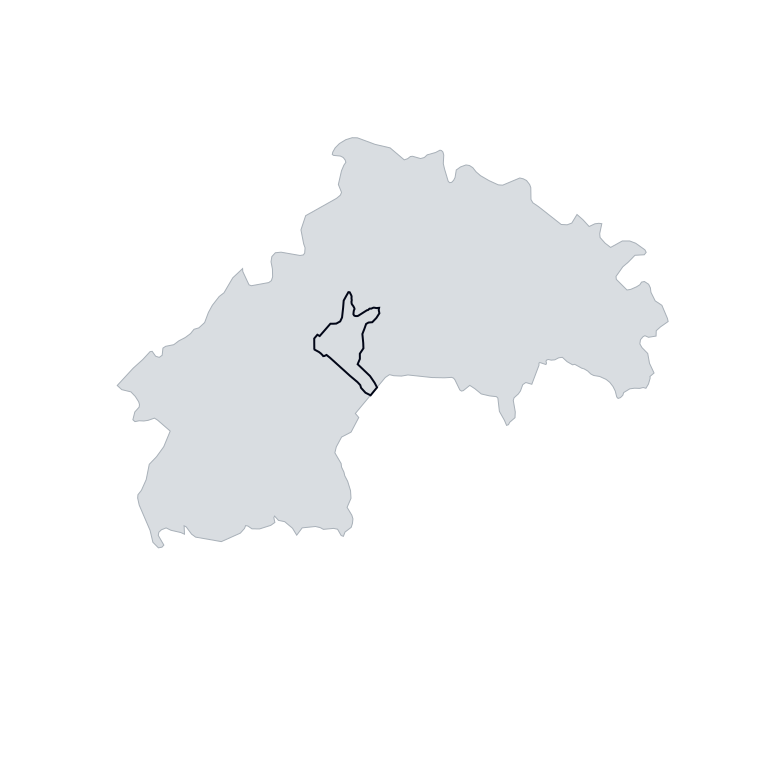 Dabola on a map of Guinea (Albers equal-area conic projection), rotated 310°
{"feature_id": "GIN-5632", "entity_name": "Dabola", "entity_type": "Prefecture", "adm_level": 1, "iso_a3": "GIN", "parent_name": "Guinea", "parent_adm1": "", "projection": "albers", "projection_center": [-11.021, 10.553], "detail": "fine", "context": "in_parent", "style": "outline", "palette": "ink", "viewbox_px": 768, "rotation_deg": 310, "n_neighbors": 0, "source": "natural_earth", "source_scale": "10m", "svg_char_len": 4932}
<svg xmlns="http://www.w3.org/2000/svg" viewBox="0 0 768 768"><g transform="rotate(310 384 384)"><path d="M462.7,493.3L457.0,492.5L454.5,493.6L447.0,502.5L442.4,506.0L435.4,504.9L432.9,505.5L431.1,504.5L433.6,499.6L437.2,490.0L446.4,480.3L446.6,478.3L442.8,472.6L438.9,464.9L438.8,456.6L438.1,450.6L429.9,449.0L428.4,447.9L428.2,445.9L432.8,435.6L433.2,433.5L432.6,431.6L427.6,426.3L419.8,416.6L406.3,396.5L401.3,392.3L396.6,386.1L394.7,382.2L389.8,380.8L343.0,381.0L342.1,386.2L326.0,389.7L316.1,385.6L305.1,387.9L299.7,390.6L295.5,402.3L293.1,404.8L290.7,410.0L288.5,412.9L286.1,418.7L280.8,426.9L275.2,432.2L265.8,435.0L262.8,443.7L260.7,446.9L257.0,449.4L253.1,451.0L245.5,449.3L241.2,450.8L240.4,448.6L242.9,441.8L241.0,438.2L233.7,431.0L233.0,427.5L230.8,423.1L221.2,413.8L212.1,414.3L214.7,406.6L214.7,396.4L211.7,390.8L212.5,385.1L210.8,385.5L207.8,389.4L202.9,388.1L193.1,381.9L188.2,376.0L187.7,371.0L186.6,369.0L183.6,370.0L177.4,369.8L158.7,360.7L145.6,338.1L145.3,333.1L147.4,324.4L146.9,322.0L140.7,327.7L139.6,323.8L135.0,314.8L133.7,309.6L129.3,307.2L125.7,306.8L122.9,308.4L119.1,318.9L116.3,318.8L113.5,316.5L114.2,308.7L121.5,298.9L133.9,274.3L138.3,268.6L141.0,266.7L146.7,266.5L157.9,263.3L171.6,255.8L182.1,256.5L194.4,255.6L210.5,250.5L210.8,233.8L210.3,230.1L204.6,226.7L201.3,223.8L198.5,220.1L195.1,217.4L195.2,214.6L202.4,211.1L208.9,211.3L211.1,209.9L212.7,207.5L214.6,201.5L215.3,195.2L211.1,186.7L211.4,180.6L234.9,181.7L247.8,183.5L258.4,184.0L260.0,185.4L258.5,191.2L259.9,194.7L263.4,195.6L269.4,191.6L272.5,192.5L279.0,197.7L285.2,199.1L291.9,201.9L298.2,203.4L303.8,203.3L308.0,206.1L315.8,207.1L326.0,203.5L334.0,201.9L345.2,201.5L351.0,202.8L368.1,199.9L381.5,201.5L379.4,203.5L373.2,216.8L374.0,219.2L387.6,230.5L390.8,231.3L394.5,229.8L400.4,224.6L405.0,218.9L409.5,216.2L414.7,216.4L418.8,220.4L428.5,237.1L431.0,239.2L433.3,239.1L437.6,236.0L439.7,232.4L448.7,221.3L462.6,215.8L495.7,228.3L500.6,229.2L503.5,228.3L507.5,220.8L520.0,214.4L525.9,212.6L529.3,212.3L530.6,210.3L531.3,207.2L530.6,204.1L526.7,198.4L526.6,196.8L528.7,195.7L533.5,194.8L539.6,195.3L546.6,197.7L552.2,201.3L555.5,205.4L561.8,223.1L568.8,236.9L568.7,255.4L571.8,257.3L575.2,258.0L576.8,259.5L580.2,267.1L583.4,269.3L587.3,269.8L594.5,274.7L599.1,276.6L599.8,278.0L599.6,280.0L597.8,282.6L590.9,287.8L587.6,292.2L580.6,302.8L580.4,304.8L581.9,306.2L584.8,306.4L587.9,305.7L594.4,301.8L599.5,303.1L604.5,306.0L606.3,309.0L606.8,313.0L605.7,318.2L605.6,323.9L607.3,333.7L610.0,343.5L612.6,347.1L629.1,355.6L630.7,358.8L631.5,362.4L630.4,367.4L628.8,370.2L619.8,378.0L618.5,381.6L619.2,388.4L620.1,417.2L623.7,422.0L628.0,424.4L637.9,422.9L637.7,430.9L636.5,439.9L642.3,442.6L645.2,445.3L646.8,447.8L637.8,452.6L635.1,455.4L634.0,462.9L634.3,469.8L646.7,474.6L651.5,480.3L653.6,486.3L654.5,497.6L653.4,500.2L650.3,500.3L643.9,493.5L634.4,492.8L627.3,491.6L615.5,492.6L613.5,494.7L612.2,509.7L615.1,512.2L620.8,515.0L624.5,516.2L627.6,515.8L629.9,517.6L630.5,522.6L628.9,526.2L625.8,529.6L622.0,538.3L622.9,546.3L616.4,559.0L614.5,561.5L605.6,559.1L599.8,558.3L595.6,561.6L589.8,556.6L588.7,552.8L586.6,552.0L582.8,552.0L579.2,554.2L577.7,558.2L576.9,566.4L570.5,574.1L566.0,583.8L560.7,582.9L559.6,584.1L554.0,586.6L549.1,587.4L547.9,584.8L545.0,582.7L541.9,578.7L538.3,575.4L531.5,573.1L528.8,574.2L525.6,573.9L523.4,572.6L523.7,570.6L527.3,565.6L529.3,561.0L530.4,556.0L530.3,551.2L528.4,544.4L525.3,539.1L524.6,536.0L524.9,531.6L524.2,527.5L523.2,525.3L521.7,517.5L519.9,516.1L518.8,509.9L519.1,503.5L516.4,501.0L512.3,499.3L509.8,496.8L508.3,494.0L506.8,493.2L505.6,493.4L504.4,495.1L503.0,495.5L500.6,489.5L499.6,489.3L497.9,490.7L478.8,497.4L476.3,491.7L472.7,490.7L466.4,493.0L462.7,493.3Z" fill="#d9dde1" stroke="#a8b0b8" stroke-width="1"/><path d="M376.9,380.9L374.3,380.9L366.7,381.0L365.4,375.4L366.3,368.9L367.9,366.5L368.4,362.5L368.4,352.8L369.4,325.8L369.3,321.3L367.1,320.3L366.3,319.5L366.5,319.1L366.8,316.0L366.7,313.6L365.7,308.7L366.3,307.8L366.7,307.6L367.2,307.1L374.0,301.3L378.9,301.3L379.4,303.9L395.7,304.2L397.2,306.0L399.6,308.6L403.8,310.2L408.0,309.1L416.1,303.7L422.0,299.5L427.5,298.4L431.5,297.7L432.2,298.7L432.0,299.3L430.9,301.9L430.4,302.7L429.9,303.2L429.6,303.4L429.0,303.8L428.3,304.5L427.7,305.2L427.3,305.5L426.9,305.8L426.2,306.1L425.0,307.3L424.6,307.9L424.4,308.4L423.9,310.5L423.2,312.2L422.8,312.9L422.3,313.3L421.4,313.5L420.7,313.8L419.7,314.4L417.8,315.7L417.5,316.4L417.3,317.0L417.4,317.7L417.7,318.4L418.2,319.1L418.8,319.8L419.7,320.4L429.5,323.5L430.1,324.0L430.4,324.2L430.8,324.3L431.9,324.4L432.3,324.5L432.7,324.7L433.4,325.7L433.8,325.9L435.6,326.8L435.9,327.1L436.2,327.5L437.2,329.2L437.4,329.5L439.2,331.3L437.4,332.3L435.2,335.0L429.7,335.7L423.8,335.3L421.1,332.6L418.5,331.7L413.7,333.5L408.4,335.3L402.0,341.8L398.1,345.3L391.7,346.0L387.7,349.4L382.2,351.1L381.1,368.2L378.9,376.0L376.9,380.9Z" fill="none" stroke="#020617" stroke-width="2"/></g></svg>